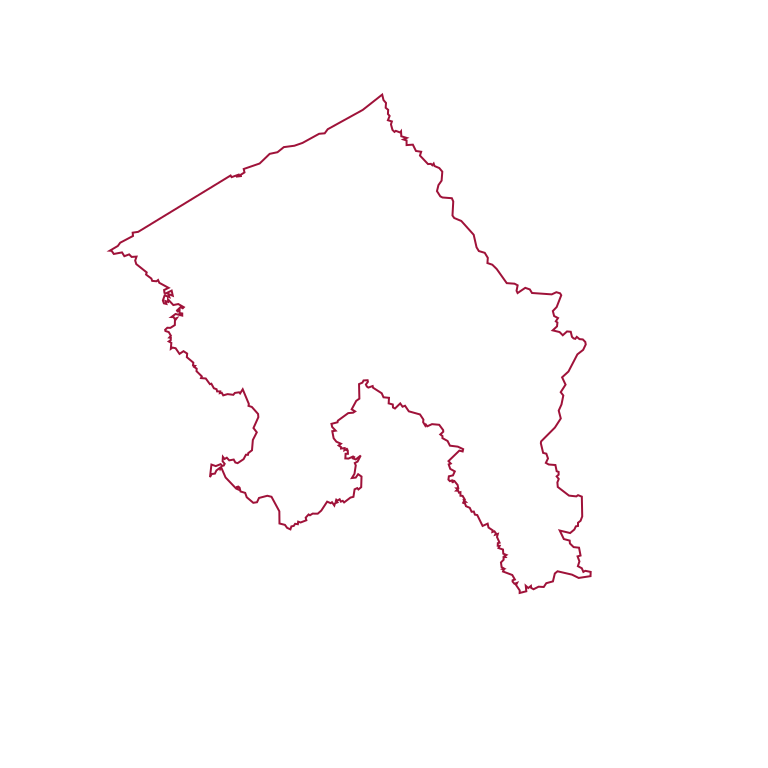 outline of Tasikmalaya, Jawa Barat, Indonesia, rotated 139°
{"feature_id": "22746128B89217704079934", "entity_name": "Tasikmalaya", "entity_type": "district", "adm_level": 2, "iso_a3": "IDN", "parent_name": "Indonesia", "parent_adm1": "Jawa Barat", "projection": "albers", "projection_center": [108.182, -7.428], "detail": "fine", "context": "isolated", "style": "outline", "palette": "rose", "viewbox_px": 768, "rotation_deg": 139, "n_neighbors": 0, "source": "geoboundaries", "source_scale": "gbopen_adm2", "svg_char_len": 6166}
<svg xmlns="http://www.w3.org/2000/svg" viewBox="0 0 768 768"><g transform="rotate(139 384 384)"><path d="M483.8,320.3L481.1,318.9L475.3,323.8L472.5,323.0L472.5,321.2L468.9,321.1L461.7,328.9L462.7,332.9L466.7,331.9L469.9,334.1L465.2,335.6L458.7,341.1L457.9,343.5L454.8,342.8L448.5,345.3L454.8,345.6L456.2,348.1L454.5,348.4L454.9,349.6L459.7,351.0L462.0,353.2L458.8,356.5L457.0,355.0L455.0,357.6L455.7,358.8L453.8,359.3L457.4,360.0L455.8,361.5L458.8,363.5L457.8,364.5L458.6,367.4L455.7,367.2L457.8,371.7L457.6,376.1L454.0,382.3L451.1,380.5L451.3,385.6L449.8,388.4L444.2,385.6L442.9,386.6L430.1,385.5L426.1,382.6L423.8,382.3L425.0,386.1L416.0,389.5L412.2,389.1L402.9,400.3L399.4,399.2L397.1,400.1L393.9,397.6L394.7,396.2L398.0,395.5L398.6,393.4L398.2,391.6L393.9,389.9L394.7,388.4L391.8,378.5L393.1,374.3L389.3,370.3L393.2,366.3L390.8,362.8L392.6,360.4L391.8,358.3L384.5,358.7L384.9,354.7L382.4,353.8L383.2,347.1L376.8,337.4L377.6,331.3L379.5,329.5L380.2,325.4L379.0,325.9L379.1,323.7L374.1,322.2L369.1,317.0L369.6,310.4L370.6,309.1L374.6,309.0L374.0,306.4L375.4,304.8L373.4,299.3L374.7,294.2L369.4,288.3L367.0,282.9L368.9,281.5L370.8,284.3L385.9,283.5L385.8,280.2L387.9,280.9L389.7,276.5L387.9,271.6L391.9,269.8L395.6,271.8L398.1,269.6L398.0,267.5L396.0,266.7L397.0,264.2L395.3,265.7L394.5,264.7L394.7,259.5L396.3,256.7L397.7,257.7L397.5,256.2L399.4,256.1L398.1,254.8L398.7,252.8L397.3,252.2L399.6,249.5L398.1,248.0L398.8,244.0L399.8,244.2L399.7,241.7L400.8,243.0L402.2,242.4L401.3,240.5L402.3,238.0L400.5,234.3L401.7,230.1L399.9,228.8L401.1,225.8L399.6,223.9L402.7,212.2L397.4,210.6L399.3,207.1L398.0,202.3L399.3,201.2L397.3,200.4L397.5,197.9L398.9,197.3L396.4,196.2L399.1,194.4L400.9,188.4L402.5,189.2L404.3,187.3L402.9,186.0L405.2,185.1L402.8,181.0L405.3,177.7L403.8,174.7L405.9,175.0L405.9,173.7L407.4,174.9L409.0,172.9L412.8,172.6L415.4,168.6L414.4,165.7L415.9,166.3L415.4,165.3L417.2,164.4L412.5,155.7L413.5,150.6L415.7,151.5L416.6,150.5L416.6,147.6L414.0,146.6L416.2,145.7L417.0,139.2L418.7,137.3L412.6,134.2L409.4,138.7L409.0,135.4L405.6,135.2L406.7,133.6L405.8,131.0L400.3,129.6L396.6,126.0L392.2,127.2L386.0,124.2L379.4,128.9L375.9,128.8L367.2,116.8L364.3,109.9L354.2,103.5L351.3,106.6L354.7,111.0L356.8,111.4L355.6,115.2L357.2,119.3L352.9,121.9L351.0,126.9L348.2,125.6L344.2,132.5L347.9,136.5L348.3,141.7L346.6,144.0L350.0,149.0L347.5,158.1L341.3,149.4L335.8,149.3L332.6,150.7L330.7,149.6L328.6,152.0L325.4,151.8L321.3,154.0L308.6,169.2L310.5,172.8L312.6,173.0L317.6,178.4L320.4,192.3L317.7,196.0L314.4,197.7L314.3,201.0L311.7,201.0L309.9,203.1L310.9,204.9L307.8,210.4L312.5,215.2L313.6,218.3L309.1,220.2L307.2,224.9L309.1,227.6L304.5,236.4L303.1,237.6L283.6,239.0L273.2,242.0L269.6,249.3L263.5,252.1L256.2,257.7L256.0,261.9L247.4,264.4L245.2,272.2L236.6,272.4L218.6,279.5L211.3,279.1L205.8,281.5L204.5,283.7L204.7,287.2L207.0,289.6L207.6,293.1L210.0,292.6L211.0,294.0L211.2,296.3L208.8,300.9L211.4,303.6L217.1,303.5L217.4,308.0L221.5,313.8L215.6,314.0L212.8,316.6L213.2,318.6L209.4,319.6L211.0,323.7L208.7,328.3L203.2,328.8L192.0,334.7L191.6,336.9L193.7,340.2L198.6,341.6L212.6,355.6L211.9,359.7L214.3,363.9L223.5,365.0L222.8,367.4L218.4,370.8L219.7,374.1L225.2,379.6L223.5,396.8L224.0,403.0L226.6,407.4L222.9,411.1L221.9,416.9L225.2,422.1L224.5,426.4L218.4,437.8L218.7,456.3L222.1,463.2L221.8,466.2L212.0,476.3L210.9,479.7L217.5,486.4L218.4,488.7L217.5,494.8L212.4,498.4L207.1,499.7L200.7,506.0L200.6,510.7L202.9,515.4L201.9,517.8L204.0,517.4L204.2,519.4L206.5,521.1L207.0,532.8L203.6,534.9L207.0,538.9L205.2,545.7L210.2,549.5L207.2,553.0L208.9,555.8L205.4,554.8L208.4,559.6L205.4,563.5L206.8,563.2L209.0,567.3L210.7,567.4L210.9,570.2L208.4,575.4L205.8,577.0L208.0,580.5L203.9,582.6L203.9,585.2L201.0,588.2L201.5,591.4L198.1,594.8L198.1,598.6L195.5,603.6L220.2,604.8L259.3,613.2L264.3,612.1L268.8,615.4L287.3,619.4L295.3,622.6L304.2,628.5L312.3,628.8L319.3,632.7L333.2,632.0L348.8,638.3L350.5,635.2L354.9,635.9L355.6,634.8L359.7,637.6L355.4,637.0L363.3,640.1L363.0,642.0L469.7,660.1L474.4,663.1L476.3,660.4L490.4,663.7L494.3,662.8L503.5,664.5L502.2,663.2L502.6,659.4L495.4,655.2L496.1,650.8L491.3,649.0L491.1,645.5L487.2,642.5L490.8,640.4L492.3,637.0L489.9,623.9L491.8,622.7L490.4,616.2L491.3,613.9L488.3,610.8L486.3,610.7L487.2,607.8L483.5,597.9L488.3,599.2L489.9,596.8L489.3,595.5L483.0,593.8L485.5,589.2L487.8,593.6L489.0,590.4L491.4,594.8L496.1,592.1L497.2,589.3L495.7,587.2L494.5,589.9L493.1,587.6L491.5,589.5L491.2,581.8L486.8,579.3L484.7,573.3L486.2,573.2L487.1,575.5L492.0,575.3L492.2,574.3L489.9,573.8L491.8,571.7L490.0,569.6L491.4,568.0L495.4,573.6L500.5,574.0L498.9,572.6L499.3,570.5L497.2,569.7L500.2,569.0L503.2,565.7L508.4,566.5L510.6,568.6L513.6,568.5L514.2,567.4L512.4,564.4L513.2,560.2L515.6,559.9L514.6,558.7L516.2,557.0L518.5,557.3L517.5,554.6L521.8,550.4L519.7,550.2L517.8,547.7L518.6,540.9L513.8,540.3L512.6,536.1L515.2,533.6L513.9,525.2L516.0,523.3L514.7,521.6L516.1,521.4L515.3,518.5L517.1,516.7L516.5,509.3L518.2,508.5L514.9,505.1L515.5,498.1L514.1,497.5L515.2,492.4L513.8,489.9L514.8,487.9L512.5,485.9L513.9,484.8L512.2,483.9L512.8,480.9L508.7,479.0L504.8,474.7L502.4,475.1L498.8,472.8L498.8,471.3L494.1,472.7L499.1,457.6L500.6,456.4L498.8,453.4L498.7,444.0L500.6,441.4L511.4,436.4L511.7,431.0L519.7,427.8L527.1,420.6L531.8,420.9L533.1,419.8L534.6,421.2L539.3,419.4L546.4,420.3L547.7,422.3L547.0,425.6L550.9,427.9L551.0,431.5L553.5,432.0L553.4,434.7L556.5,431.6L556.6,428.3L558.4,427.6L559.8,428.3L559.9,430.7L564.8,432.4L567.1,436.4L576.4,427.9L573.1,429.1L570.4,427.3L567.2,428.7L563.1,428.4L563.5,427.3L561.5,428.1L564.9,417.4L564.2,402.1L563.4,400.4L562.4,402.7L561.3,402.2L561.0,400.5L562.8,397.0L560.2,392.9L561.9,388.6L560.6,380.1L557.4,378.1L553.1,380.0L545.4,376.2L542.9,372.7L546.5,356.6L554.4,347.3L551.2,342.7L551.5,339.0L550.0,335.7L547.3,337.3L545.2,336.1L542.8,336.8L541.0,334.7L539.1,336.4L537.8,334.2L532.0,332.1L530.8,334.5L526.5,335.0L526.0,333.5L522.9,333.0L519.1,329.6L514.4,329.6L504.1,332.5L502.4,329.0L500.8,328.9L501.2,324.9L499.3,326.1L496.9,325.3L497.2,327.2L495.9,328.0L495.6,326.5L493.1,326.1L493.7,323.5L491.8,322.9L491.8,320.8L483.8,320.3Z" fill="none" stroke="#9f1239" stroke-width="2"/></g></svg>